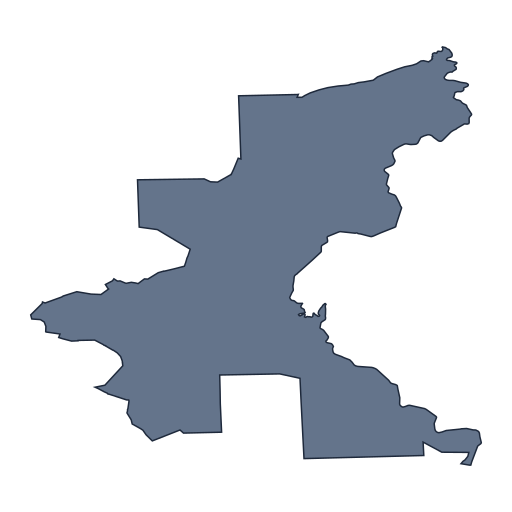 Goliševas pag., Karsavas, Latvia (Robinson projection)
{"feature_id": "27541924B2681708815128", "entity_name": "Goliševas pag.", "entity_type": "district", "adm_level": 2, "iso_a3": "LVA", "parent_name": "Latvia", "parent_adm1": "Karsavas", "projection": "robinson", "projection_center": [27.928, 56.767], "detail": "fine", "context": "isolated", "style": "filled", "palette": "slate", "viewbox_px": 512, "rotation_deg": 0, "n_neighbors": 0, "source": "geoboundaries", "source_scale": "gbopen_adm2", "svg_char_len": 5991}
<svg xmlns="http://www.w3.org/2000/svg" viewBox="0 0 512 512"><path d="M298.3,94.4L297.8,94.5L238.6,95.8L240.9,159.0L238.2,158.2L233.8,168.9L231.2,174.5L231.0,174.4L230.9,174.6L217.6,182.1L210.5,181.8L204.2,178.9L137.5,179.8L139.2,227.1L157.4,229.6L190.2,249.2L188.0,255.9L187.0,258.0L185.7,262.5L184.4,266.2L173.1,269.1L163.8,271.3L163.7,271.1L158.2,272.7L147.8,279.1L144.4,278.9L138.1,283.6L135.7,283.0L131.3,282.3L126.2,283.3L125.4,283.1L120.1,280.9L117.7,281.1L116.8,280.7L113.9,278.8L112.5,280.8L105.4,284.5L107.7,288.1L108.6,289.0L101.0,294.5L91.1,294.1L76.8,291.7L63.2,296.0L61.7,297.0L45.1,303.0L42.5,302.0L42.2,303.5L30.7,314.9L31.8,319.0L40.4,319.6L44.2,322.0L45.9,326.4L45.7,331.7L46.0,332.0L60.0,334.0L58.7,337.5L62.8,338.8L71.6,341.1L78.1,340.8L78.1,340.4L94.7,340.1L103.3,344.6L103.9,345.2L105.4,345.6L105.3,345.8L112.9,350.2L113.3,350.2L117.3,352.9L120.6,356.5L122.2,360.8L122.5,362.7L122.4,362.7L122.8,365.8L104.9,385.2L95.1,387.2L98.2,388.6L104.2,391.8L107.3,393.2L107.5,393.6L108.1,394.1L108.8,394.1L126.5,399.9L128.7,400.0L129.0,401.0L127.9,408.7L127.5,409.6L127.5,411.0L127.0,412.6L127.1,413.2L131.2,419.8L132.2,424.0L140.3,428.5L142.9,430.2L146.1,434.8L152.3,440.9L180.0,430.0L183.5,433.1L221.6,432.2L220.3,403.7L220.1,391.2L219.7,375.0L279.7,373.9L300.0,378.3L301.1,401.9L304.0,458.6L423.8,455.5L423.1,442.1L441.8,452.2L468.8,452.4L467.9,456.1L467.1,457.3L464.9,460.0L463.0,461.3L461.0,463.7L469.3,465.1L470.8,465.1L471.7,461.9L477.6,446.3L478.0,445.8L480.9,443.6L481.2,443.0L481.3,442.6L479.9,436.8L479.4,433.1L478.7,431.7L478.3,431.3L475.8,430.0L473.1,429.9L466.6,428.5L461.3,428.8L460.1,429.1L446.2,430.5L442.0,432.0L438.9,432.7L437.5,432.4L436.2,431.6L435.3,430.4L434.8,428.8L434.2,423.8L434.3,423.1L436.5,417.6L436.5,417.1L436.1,416.5L426.4,409.5L424.7,408.6L409.7,405.3L408.1,405.4L405.3,406.5L403.0,407.1L402.2,406.9L400.7,405.9L400.0,405.1L399.6,404.1L399.8,397.8L397.9,389.2L397.3,385.7L397.1,385.4L395.7,384.6L392.1,383.6L390.6,382.9L388.6,380.2L376.6,369.3L374.9,368.4L373.0,367.7L371.7,367.4L357.6,366.4L355.5,365.8L354.1,364.9L352.1,362.2L349.8,359.9L344.0,357.7L341.5,356.5L335.4,354.3L333.7,353.2L333.0,351.7L332.6,349.4L332.6,348.4L333.4,346.5L332.7,345.1L331.7,343.9L331.1,343.6L327.1,342.7L326.3,342.3L326.0,341.8L325.9,341.4L326.0,340.9L326.9,340.2L328.3,337.8L328.4,336.8L328.2,336.3L323.7,330.4L322.7,329.6L320.7,328.6L320.1,328.1L320.0,327.7L320.9,322.9L321.8,321.9L325.1,319.7L325.5,319.0L325.6,317.7L325.3,316.0L325.5,314.1L325.6,309.0L325.3,306.6L325.4,305.2L326.0,304.4L325.5,303.6L324.8,303.6L322.9,305.2L321.9,306.9L320.6,308.2L318.8,311.0L318.3,312.6L318.3,313.8L318.5,314.2L319.5,315.2L319.6,315.7L319.0,316.3L318.0,316.4L317.2,315.7L314.9,314.3L314.2,313.3L313.8,313.1L313.3,313.3L313.1,313.7L312.8,316.3L311.8,317.1L311.2,317.2L309.9,316.7L308.7,316.8L307.4,316.5L306.4,316.9L305.8,317.4L304.5,316.9L305.1,314.8L304.7,314.0L304.1,313.6L301.2,315.4L300.4,315.8L299.3,315.7L298.5,314.7L299.1,314.1L300.0,313.7L303.3,313.2L304.0,313.3L304.2,313.0L305.1,312.5L304.5,311.2L304.3,310.0L304.1,309.5L302.8,308.6L301.4,307.9L301.0,307.2L300.8,306.4L301.8,304.4L302.5,303.6L302.3,303.3L298.8,303.4L297.4,303.2L296.5,302.7L294.3,300.9L293.5,300.6L292.0,300.4L291.2,300.0L290.3,298.9L289.7,297.6L289.9,297.0L291.9,292.7L293.2,290.5L293.3,289.6L293.0,287.1L293.0,285.6L293.8,281.0L294.2,276.9L294.7,275.6L296.1,274.4L296.9,274.0L297.4,273.4L312.4,260.0L320.7,252.3L321.1,251.8L321.3,251.1L321.3,246.8L321.7,245.5L327.0,242.3L327.5,241.8L327.6,240.5L327.1,237.6L327.2,237.1L327.6,236.5L338.2,232.2L340.0,231.6L355.2,233.2L356.5,232.9L357.6,233.2L358.0,233.6L360.7,234.0L370.3,236.5L371.6,236.6L373.5,236.0L380.8,232.8L394.7,227.3L395.7,226.7L396.5,223.5L401.6,207.9L401.3,207.1L400.6,206.2L399.3,203.0L396.3,197.1L395.5,195.8L394.3,194.9L392.0,194.2L389.4,193.1L388.6,192.7L388.2,192.2L388.1,191.4L388.7,189.9L389.1,188.1L388.9,187.5L386.6,184.9L386.4,184.1L387.8,178.3L388.7,175.5L388.7,175.0L388.4,174.4L384.7,171.4L384.3,170.7L384.2,170.0L384.4,169.1L385.3,168.2L391.5,165.6L392.8,164.8L393.7,163.9L394.6,162.1L395.0,161.2L394.9,160.3L393.7,158.0L392.4,153.7L392.4,152.9L392.7,152.2L394.3,149.8L394.9,149.3L398.9,146.8L404.2,144.2L406.0,143.8L410.3,144.5L411.7,144.5L415.1,144.3L416.5,144.0L417.8,143.0L420.4,138.1L420.9,137.4L424.0,135.9L427.7,134.8L429.4,134.8L431.7,135.6L433.8,137.5L438.5,140.9L440.0,141.3L441.4,141.1L442.6,140.3L450.7,132.2L452.5,130.9L454.5,129.8L456.1,129.1L456.6,128.6L457.1,128.2L464.4,123.9L467.2,124.1L468.8,123.6L469.2,122.3L469.1,118.6L469.3,117.6L469.9,116.6L471.4,115.0L471.6,114.2L470.7,112.7L467.3,107.6L466.5,105.3L465.8,104.8L462.6,103.2L461.9,102.6L460.7,101.1L460.1,100.7L458.5,100.1L456.3,99.7L453.7,97.8L453.4,97.3L454.2,95.9L454.8,93.0L455.1,92.5L457.5,91.6L461.0,91.7L462.2,91.2L462.9,90.8L463.8,89.7L463.8,89.2L463.6,88.6L463.8,87.9L467.5,86.3L468.2,85.5L468.3,84.6L467.6,83.8L466.1,83.1L460.6,82.3L454.9,80.7L452.9,80.4L449.0,80.4L447.2,80.1L445.8,79.6L444.7,78.8L444.3,77.9L444.2,77.5L444.4,76.9L447.1,73.4L448.1,72.8L449.6,72.2L450.7,72.0L452.1,72.1L452.9,71.3L456.0,69.4L456.2,69.0L456.3,68.1L456.1,67.4L455.8,66.9L454.6,66.0L454.4,65.4L454.4,65.0L454.9,64.5L456.4,63.8L456.9,63.0L456.6,62.5L455.7,62.1L453.3,61.8L449.4,60.5L447.3,60.4L446.5,59.8L446.6,59.2L447.6,58.0L450.7,57.2L451.7,56.6L452.1,55.8L452.2,54.9L451.9,53.5L451.7,53.0L449.0,49.5L447.3,48.9L445.6,47.6L442.4,46.9L442.1,47.3L442.5,47.7L442.9,49.0L442.6,50.1L441.8,51.2L441.1,51.5L438.1,51.2L437.7,51.4L437.5,52.0L437.0,52.2L437.0,52.5L436.7,53.1L436.2,53.2L435.1,52.9L434.3,52.9L432.9,53.5L432.4,54.3L432.5,55.6L432.8,56.1L432.1,56.6L432.0,57.0L432.1,57.7L432.5,58.2L431.8,58.9L432.0,59.5L431.0,60.1L430.3,60.8L429.4,61.2L428.7,61.9L423.6,60.7L420.9,61.0L416.6,63.8L412.2,65.3L404.7,66.8L397.2,69.2L385.9,73.4L377.5,76.9L373.3,80.2L364.0,81.9L358.3,82.6L354.1,83.9L351.0,84.1L348.3,85.1L338.2,86.0L327.9,87.6L319.0,89.9L310.2,92.9L304.7,95.6L302.0,97.3L297.1,97.3L298.3,94.4Z" fill="#64748b" stroke="#1e293b" stroke-width="1.5"/></svg>